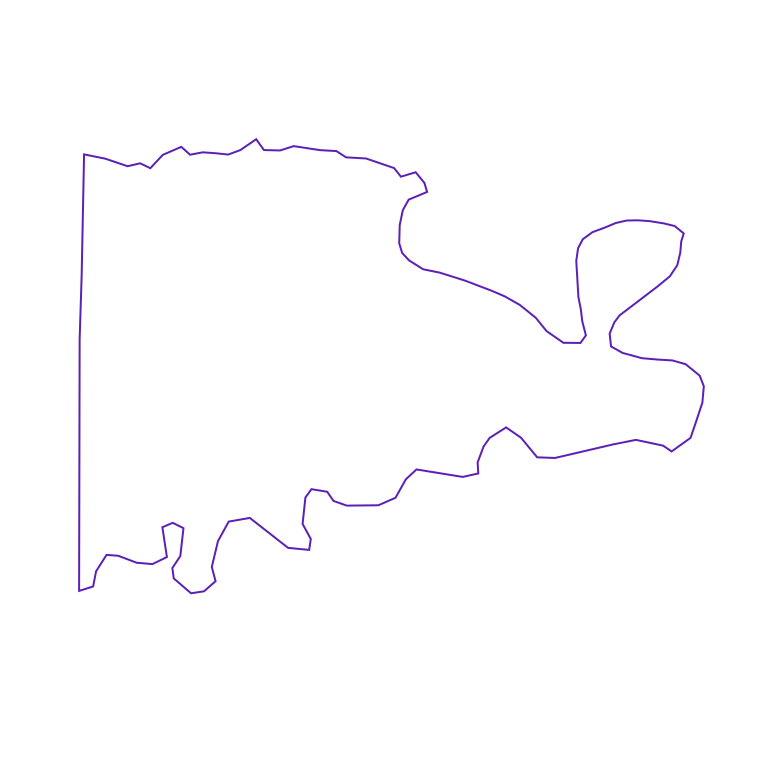 Cotiporã, Rio Grande do Sul, Brazil, rotated 275°
{"feature_id": "56859067B19621956734569", "entity_name": "Cotiporã", "entity_type": "district", "adm_level": 2, "iso_a3": "BRA", "parent_name": "Brazil", "parent_adm1": "Rio Grande do Sul", "projection": "equal_earth", "projection_center": [-51.685, -29.013], "detail": "fine", "context": "isolated", "style": "outline", "palette": "violet", "viewbox_px": 768, "rotation_deg": 275, "n_neighbors": 0, "source": "geoboundaries", "source_scale": "gbopen_adm2", "svg_char_len": 1673}
<svg xmlns="http://www.w3.org/2000/svg" viewBox="0 0 768 768"><g transform="rotate(275 384 384)"><path d="M579.1,410.2L587.9,406.7L597.7,397.1L592.0,382.8L600.0,375.2L607.1,346.4L606.5,326.4L611.9,316.3L611.4,299.7L613.1,273.3L607.6,260.1L606.6,244.0L616.7,235.3L604.5,220.5L599.0,208.8L599.2,196.1L599.0,183.3L595.5,170.8L602.6,161.4L593.0,143.7L578.6,132.4L582.6,121.8L578.6,109.6L584.2,86.6L586.6,65.2L465.0,73.4L402.0,76.9L151.3,98.3L157.0,111.9L172.3,113.5L189.6,122.5L189.7,134.2L184.4,153.1L184.4,169.0L192.7,182.8L222.0,175.7L227.3,185.6L222.9,196.8L194.9,196.1L182.2,189.2L172.0,191.5L158.7,210.0L161.8,222.8L172.9,233.4L186.7,228.4L213.0,232.3L233.4,241.3L238.9,262.0L212.4,302.7L212.2,323.9L223.2,324.6L237.5,315.1L264.1,315.6L272.9,320.9L271.7,336.8L263.1,343.9L259.6,357.5L262.7,389.0L271.7,405.4L291.0,414.1L301.7,423.8L298.3,470.5L303.1,485.7L314.1,484.1L330.5,488.7L339.6,494.0L351.4,509.4L342.4,525.2L324.3,543.0L325.2,560.7L343.8,617.5L350.3,639.8L346.9,667.4L341.9,676.4L357.1,694.1L373.8,698.2L393.3,702.8L409.6,702.8L419.8,697.8L430.0,682.8L432.6,669.3L432.2,654.1L432.2,638.7L435.7,619.1L441.2,606.9L453.9,604.4L465.5,608.1L472.9,612.7L505.1,648.1L516.2,659.4L527.9,665.8L540.6,667.7L552.0,667.7L560.1,669.5L566.7,659.8L568.4,648.6L569.4,634.5L569.2,622.6L568.0,611.5L564.6,600.9L559.9,592.0L553.4,578.4L545.5,569.4L536.2,565.5L523.4,564.8L487.5,570.1L475.5,573.6L463.6,576.1L450.0,580.9L442.0,576.1L440.7,559.1L450.8,541.4L463.2,529.4L474.6,512.4L481.7,496.9L486.2,483.4L494.1,455.5L499.8,429.8L501.7,413.0L509.3,398.2L516.2,390.6L525.5,386.9L543.8,385.8L558.8,387.6L569.8,392.5L579.1,410.2Z" fill="none" stroke="#5b21b6" stroke-width="2"/></g></svg>